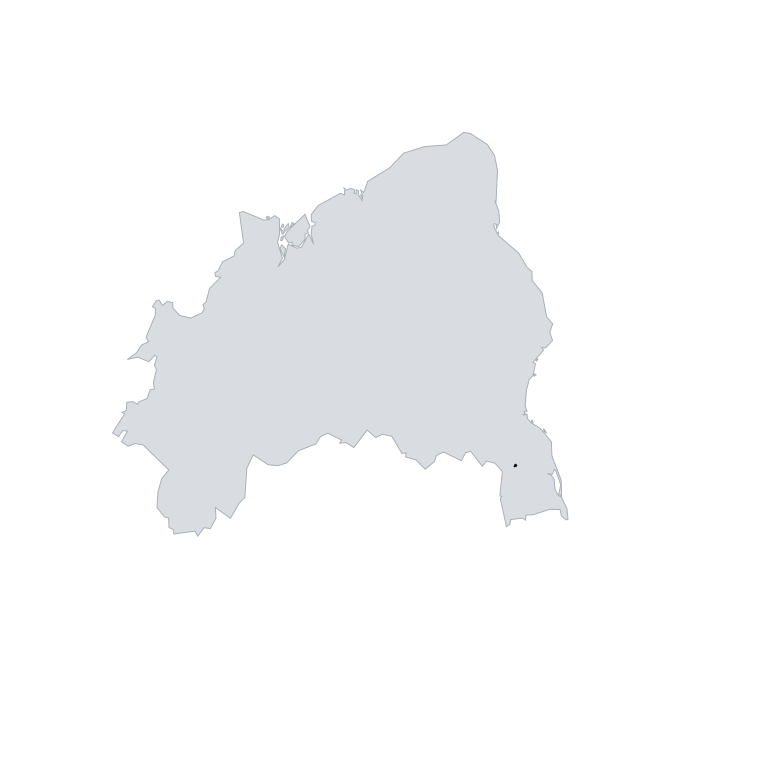 Cruzaltense, Rio Grande do Sul, Brazil (highlighted), rotated 310°
{"feature_id": "56859067B1237322992297", "entity_name": "Cruzaltense", "entity_type": "district", "adm_level": 2, "iso_a3": "BRA", "parent_name": "Brazil", "parent_adm1": "Rio Grande do Sul", "projection": "albers", "projection_center": [-52.651, -27.628], "detail": "fine", "context": "in_parent", "style": "filled", "palette": "ink", "viewbox_px": 768, "rotation_deg": 310, "n_neighbors": 0, "source": "geoboundaries", "source_scale": "gbopen_adm2", "svg_char_len": 4233}
<svg xmlns="http://www.w3.org/2000/svg" viewBox="0 0 768 768"><g transform="rotate(310 384 384)"><path d="M212.9,207.7L220.6,211.9L229.3,208.5L232.5,211.4L237.0,206.3L248.7,200.5L251.0,195.9L258.6,192.7L258.9,189.9L249.9,189.7L246.4,178.2L237.9,171.6L248.8,174.3L258.2,173.3L265.1,176.5L266.8,171.7L290.0,164.4L294.9,160.3L294.4,156.8L301.5,156.1L303.7,157.7L301.8,163.7L308.1,165.0L310.5,169.7L306.5,173.6L305.2,183.5L310.2,193.5L321.5,198.9L326.2,197.8L328.4,194.3L332.6,194.9L344.9,189.0L360.7,190.2L358.2,185.9L360.6,182.9L363.7,184.1L374.0,181.8L385.7,186.8L390.6,184.2L401.6,186.0L422.4,163.0L425.7,165.4L432.4,186.8L435.9,190.1L442.7,192.1L443.3,197.6L431.5,207.8L424.4,211.1L414.9,225.4L405.7,227.4L415.3,227.8L429.5,220.7L432.1,230.0L435.8,232.9L450.4,230.0L445.9,240.3L451.7,232.1L458.5,227.5L461.8,229.0L463.4,227.6L462.2,223.8L466.8,219.4L478.2,218.8L502.0,228.0L503.5,232.1L507.0,229.5L512.5,233.0L513.8,236.6L510.7,238.8L511.9,240.1L515.1,237.9L515.6,240.2L512.7,242.4L510.5,249.4L514.5,246.7L517.6,241.5L517.8,245.4L528.9,241.3L553.5,249.4L573.5,250.7L592.0,262.5L607.2,278.1L627.9,283.3L631.3,288.9L633.9,309.3L630.0,321.9L620.3,333.9L595.6,352.7L595.7,351.0L590.5,360.4L582.7,368.4L579.4,369.3L577.5,365.1L575.3,366.9L571.3,376.0L570.8,403.3L565.3,418.6L565.2,425.0L558.6,430.9L555.4,446.7L539.9,465.5L538.5,474.6L530.2,477.7L525.7,485.1L515.4,484.5L513.4,481.4L512.4,484.5L496.4,484.2L497.0,486.9L486.5,492.7L480.8,492.3L470.6,497.2L457.7,506.4L455.1,511.0L453.0,509.1L452.1,511.2L449.3,510.2L452.8,513.1L449.8,516.0L448.8,521.2L450.5,532.6L447.3,549.4L436.9,558.8L424.1,581.7L412.3,592.0L412.1,588.6L420.3,584.3L427.8,571.7L428.0,569.5L423.1,570.8L420.3,566.7L421.7,570.7L420.3,575.5L413.0,583.1L410.7,589.2L411.4,592.7L405.9,604.5L398.6,611.9L396.9,610.8L396.9,604.9L401.0,599.6L394.4,591.4L379.5,582.1L374.9,577.0L370.7,579.9L370.2,576.2L361.6,568.2L357.7,570.5L353.4,569.5L371.0,546.7L373.2,546.8L372.8,544.6L393.0,531.0L394.7,520.0L390.9,512.2L384.2,512.2L388.1,493.5L383.8,490.7L374.9,492.5L370.1,473.2L362.7,470.0L357.2,472.5L345.2,470.3L346.4,457.4L342.1,447.5L345.5,445.1L342.3,442.4L348.9,423.6L344.6,415.2L337.8,412.2L337.8,400.7L316.0,401.7L314.6,392.3L310.2,388.0L313.9,387.7L310.1,372.4L302.9,369.2L294.3,370.3L277.9,361.4L261.0,360.2L253.4,355.4L247.7,347.3L245.7,329.4L231.2,333.1L207.5,350.4L199.8,349.6L182.4,352.7L181.0,334.2L173.2,341.6L161.6,343.9L158.2,338.5L147.7,339.1L149.8,333.8L134.1,319.5L137.1,316.0L135.9,311.5L142.9,305.2L141.0,301.2L143.6,289.4L155.9,280.3L168.8,274.5L179.8,274.4L182.5,238.6L178.3,231.4L171.9,228.1L171.0,220.2L183.0,217.7L180.3,213.7L173.0,214.6L172.0,207.5L194.6,204.4L194.0,201.5L197.9,203.7L204.6,198.8L209.0,202.8L210.2,208.4L212.9,207.7ZM438.3,211.7L463.2,214.4L456.9,226.4L452.4,226.5L451.5,228.6L447.9,227.5L443.8,230.5L434.5,230.3L431.2,224.1L433.7,222.6L430.8,220.3L432.9,213.3L438.3,211.7ZM416.9,226.1L420.8,217.4L424.7,216.2L424.3,221.6L416.9,226.1ZM445.3,207.6L442.8,210.7L437.1,209.9L438.1,207.8L445.3,207.6ZM436.8,203.8L435.7,210.4L433.3,209.7L436.8,203.8ZM449.1,211.9L445.6,212.1L444.0,211.5L448.4,209.7L449.1,211.9ZM432.9,211.8L429.1,213.9L427.6,212.7L430.3,210.8L432.9,211.8ZM439.7,206.1L438.0,204.7L441.0,203.4L441.3,204.6L439.7,206.1ZM438.1,189.0L435.9,189.3L435.5,186.9L437.5,186.8L438.1,189.0ZM451.0,539.6L450.5,537.3L451.9,535.2L452.3,535.8L451.0,539.6ZM488.4,491.9L488.7,494.6L486.6,493.9L488.4,491.9ZM450.5,522.9L449.7,521.5L451.1,520.1L451.5,520.7L450.5,522.9ZM514.0,245.1L512.3,247.6L514.0,244.1L514.0,245.1ZM578.1,369.6L575.7,370.1L577.4,368.2L578.1,369.6ZM502.0,485.6L499.8,486.3L499.4,485.8L500.8,484.7L502.0,485.6ZM573.8,374.0L572.8,375.4L572.3,374.4L573.8,374.0ZM508.5,227.4L508.5,228.8L507.8,228.5L508.5,227.4Z" fill="#d9dde1" stroke="#a8b0b8" stroke-width="1"/><path d="M406.8,537.8L406.9,537.1L406.9,536.9L406.7,536.8L406.6,536.7L406.4,536.6L406.2,536.5L406.1,536.4L406.0,536.5L405.9,536.5L406.0,536.5L405.9,536.6L405.7,536.7L405.3,536.6L405.1,536.7L405.0,536.8L404.9,536.9L404.7,536.9L404.7,537.0L404.8,537.0L405.0,537.1L405.2,537.3L405.3,537.3L405.5,537.4L405.5,537.5L405.7,537.9L406.0,537.9L406.3,537.8L406.5,537.8L406.5,537.7L406.7,537.8L406.8,537.8L406.8,537.8Z" fill="#0f172a" stroke="#020617" stroke-width="1.5"/></g></svg>